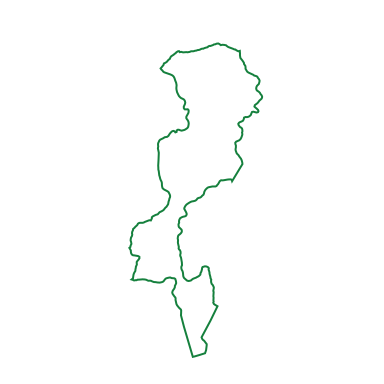 Cônego Marinho, Minas Gerais, Brazil (orthographic projection), rotated 26°
{"feature_id": "56859067B75247636863248", "entity_name": "Cônego Marinho", "entity_type": "district", "adm_level": 2, "iso_a3": "BRA", "parent_name": "Brazil", "parent_adm1": "Minas Gerais", "projection": "orthographic", "projection_center": [-44.593, -15.041], "detail": "fine", "context": "isolated", "style": "outline", "palette": "green", "viewbox_px": 384, "rotation_deg": 26, "n_neighbors": 0, "source": "geoboundaries", "source_scale": "gbopen_adm2", "svg_char_len": 6035}
<svg xmlns="http://www.w3.org/2000/svg" viewBox="0 0 384 384"><g transform="rotate(26 192 192)"><path d="M176.1,297.1L177.3,296.9L178.7,296.9L179.8,296.1L180.8,295.6L181.6,294.6L182.8,294.0L185.8,292.2L187.4,291.5L188.7,291.1L189.7,290.9L190.8,291.0L191.9,290.8L192.9,290.2L194.0,289.8L195.6,289.8L197.3,289.6L199.0,288.9L200.5,288.5L202.7,287.6L204.5,286.2L205.4,285.1L205.7,284.1L205.9,282.8L206.3,281.4L207.3,280.3L208.8,279.1L209.8,278.4L211.4,278.3L214.1,277.3L215.1,277.5L216.5,279.0L217.3,280.1L217.8,281.1L217.8,284.0L218.3,285.0L218.4,286.7L218.1,288.2L218.0,289.8L218.4,291.2L219.3,292.1L222.2,293.7L223.3,294.1L224.0,295.0L224.5,296.2L227.2,299.6L228.3,300.4L231.0,301.7L233.5,302.5L234.2,303.2L235.6,306.3L236.1,307.6L243.8,316.6L259.7,334.0L265.0,339.8L266.6,338.5L270.2,335.2L274.4,331.2L274.0,328.0L272.5,323.6L271.9,322.3L268.0,320.3L267.0,320.2L265.6,319.6L264.3,318.4L265.0,299.6L265.0,283.5L262.2,283.3L260.7,283.0L259.6,282.1L259.5,281.0L258.8,280.1L257.7,277.5L256.9,276.3L255.3,272.4L254.5,271.6L253.8,269.1L253.4,268.1L251.6,266.6L249.9,265.9L248.7,264.6L248.0,263.3L247.7,262.3L246.6,261.5L245.7,260.2L243.6,257.8L243.0,256.7L242.0,255.5L241.0,254.6L240.5,253.1L239.0,252.5L237.3,252.7L236.1,253.2L234.4,254.8L234.4,256.0L234.8,256.9L235.3,259.5L235.2,261.1L235.7,262.6L235.2,264.2L234.4,265.5L233.7,266.4L233.1,267.3L231.1,269.4L230.4,270.6L229.9,271.9L228.8,272.9L227.7,273.6L226.3,273.8L222.7,272.8L221.8,272.2L221.0,271.4L219.3,268.6L218.2,267.3L217.0,266.5L216.2,265.7L215.6,264.8L215.2,263.8L215.1,262.1L214.4,260.9L213.8,259.8L210.9,255.8L209.4,254.5L208.9,253.5L208.6,252.0L207.8,250.6L206.7,249.6L205.6,249.3L204.8,248.7L204.2,247.1L202.1,244.5L201.3,243.3L200.9,242.1L200.3,241.0L199.6,240.2L199.2,239.1L198.8,237.8L198.9,236.6L199.6,235.3L200.1,233.9L200.3,232.7L200.0,231.5L199.1,230.4L195.7,229.3L194.9,228.5L194.0,226.9L193.9,225.2L193.2,224.1L192.8,222.8L192.8,220.9L193.4,219.9L194.1,218.9L195.0,218.0L196.2,217.1L197.0,216.1L197.1,214.7L196.6,213.7L195.5,212.7L192.4,210.5L192.1,209.6L192.1,208.2L192.2,207.1L192.6,205.6L193.9,203.3L195.2,201.4L196.1,200.5L197.5,199.5L198.9,198.2L199.5,196.9L199.8,195.3L200.8,194.2L201.8,193.4L202.4,192.4L202.8,190.9L203.5,189.4L203.4,188.0L203.0,186.5L203.0,184.9L203.2,183.7L204.1,181.3L204.9,180.4L207.9,178.1L210.7,176.7L211.4,175.9L211.6,174.7L212.0,173.5L212.2,170.1L213.0,168.7L214.5,168.1L215.8,167.2L218.4,165.3L220.0,164.3L221.5,163.6L222.5,163.8L223.3,164.7L225.1,144.8L224.2,143.4L223.1,142.1L222.4,141.4L221.4,140.6L219.0,139.4L217.6,138.5L216.4,138.1L215.3,137.7L213.2,135.7L212.4,134.5L211.9,132.7L211.1,131.0L210.1,130.0L209.3,128.8L209.6,127.4L211.8,124.8L212.4,123.2L212.5,121.6L212.3,119.8L212.1,118.4L211.6,117.5L210.9,116.6L210.8,115.6L210.1,114.2L209.2,113.1L208.2,112.6L206.9,112.6L205.4,111.9L204.4,111.3L203.7,110.4L203.9,109.1L204.6,108.0L205.6,107.0L206.6,105.5L206.6,103.9L206.2,102.3L207.3,101.1L208.6,100.6L209.7,99.7L210.3,98.9L210.8,97.8L211.1,96.9L210.9,95.4L210.9,93.7L212.0,92.9L214.2,92.5L215.3,92.2L216.3,91.3L216.3,90.2L215.4,89.3L213.3,88.6L212.0,88.3L210.7,87.9L210.4,86.4L211.9,83.4L212.3,81.7L212.5,80.4L213.6,77.7L213.6,76.5L213.2,75.5L212.2,74.6L210.8,74.0L209.4,73.0L208.0,72.6L205.9,72.3L205.1,71.8L204.3,70.8L203.9,69.5L203.9,68.0L204.7,65.7L204.4,63.8L204.0,62.4L203.0,61.4L201.0,60.4L200.1,59.7L198.7,59.7L196.8,60.1L195.8,59.8L190.3,59.9L188.8,59.6L186.1,57.8L185.6,56.7L184.8,55.4L182.6,54.1L182.0,53.1L179.8,51.8L176.7,50.3L175.1,48.0L174.6,46.8L173.1,44.2L172.0,45.2L169.8,45.2L168.6,44.9L167.6,45.3L166.1,45.3L161.1,45.8L159.6,45.6L158.3,45.2L156.4,45.7L154.7,46.4L153.5,47.4L151.9,47.0L150.5,47.0L149.1,47.9L148.1,49.1L147.1,49.7L146.4,50.8L144.5,52.7L143.6,53.1L142.9,53.9L142.5,55.1L141.6,55.8L140.0,57.3L139.4,58.2L138.3,58.7L137.4,59.6L136.7,60.6L135.8,61.4L134.8,62.0L133.9,63.0L132.8,63.7L131.8,64.7L131.0,65.2L129.5,65.9L128.5,67.1L126.7,68.4L125.7,68.7L122.8,70.4L120.8,70.8L119.7,71.7L118.6,71.1L117.7,71.7L117.1,72.6L116.6,73.5L116.4,74.6L115.8,75.3L115.4,76.5L113.8,79.2L113.6,80.5L113.7,82.2L113.0,83.3L112.2,86.3L111.3,87.7L110.4,88.8L110.7,90.3L110.0,93.3L109.6,94.7L110.6,95.3L112.2,95.8L113.3,96.4L114.5,96.6L121.2,95.8L123.3,95.8L124.9,96.3L126.4,97.4L128.3,99.4L129.8,100.7L131.3,102.7L132.4,105.5L133.2,106.8L134.8,108.8L135.9,109.7L138.1,111.4L139.8,112.1L141.3,112.4L142.6,112.3L144.1,112.4L145.0,112.8L145.9,113.5L146.8,114.7L147.1,116.1L147.2,118.9L147.9,120.2L149.1,120.9L150.4,120.4L151.9,119.5L153.1,120.0L153.8,121.4L154.1,122.7L153.9,126.7L154.4,128.0L155.5,128.8L156.6,129.3L157.8,130.2L158.9,131.6L159.4,132.9L160.0,135.1L159.8,136.6L158.6,138.7L157.9,139.6L155.8,141.4L154.3,141.7L153.0,141.8L152.0,142.2L151.3,143.3L151.8,144.8L150.9,145.7L149.9,145.2L148.8,145.1L147.7,145.9L147.2,146.9L146.7,148.4L146.4,149.9L146.2,151.9L145.5,153.3L143.4,154.8L142.7,156.1L140.5,158.9L140.1,160.1L140.2,163.1L140.8,164.5L141.7,165.9L142.2,167.7L144.9,171.2L145.5,172.5L148.0,178.2L150.1,183.2L150.8,184.4L152.0,186.7L152.9,187.7L155.3,191.4L156.2,192.3L157.7,194.1L158.9,195.2L159.8,195.8L160.6,196.6L161.3,197.7L162.0,199.1L162.9,200.4L163.8,201.4L165.2,201.9L166.2,202.0L169.6,202.1L171.0,202.4L173.2,204.1L174.1,205.2L174.5,206.2L174.6,207.9L175.0,209.4L175.1,210.7L175.9,213.5L175.5,216.6L175.0,217.6L174.3,220.8L173.1,222.7L171.7,224.4L171.0,227.0L170.2,227.8L169.4,228.5L167.4,231.2L167.0,232.3L167.5,233.3L167.5,235.6L166.4,235.9L165.6,236.5L162.7,239.6L162.1,240.5L161.2,241.3L158.2,242.8L157.3,244.2L157.3,245.6L156.9,246.8L156.4,247.9L155.9,249.7L155.3,251.0L155.7,252.3L155.7,253.9L156.1,255.3L157.0,256.5L157.3,257.9L157.2,259.7L157.6,261.3L158.2,262.7L159.0,263.4L160.3,265.2L160.3,267.0L160.7,268.5L160.2,269.7L162.6,271.3L163.3,272.6L164.2,273.8L165.5,274.6L166.8,274.7L167.8,274.3L171.6,273.2L173.1,273.3L173.8,274.6L173.6,276.3L173.2,277.7L173.0,279.1L173.4,280.0L174.2,281.3L174.3,282.4L174.3,283.7L174.8,285.0L175.0,286.1L175.4,287.0L175.7,288.1L175.5,289.4L175.5,290.6L175.7,292.0L176.8,295.5L176.1,297.1Z" fill="none" stroke="#15803d" stroke-width="2"/></g></svg>